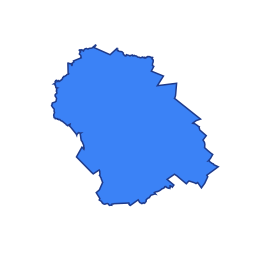 outline of Julimes, Chihuahua, Mexico, rotated 54°
{"feature_id": "50627088B60832764268377", "entity_name": "Julimes", "entity_type": "district", "adm_level": 2, "iso_a3": "MEX", "parent_name": "Mexico", "parent_adm1": "Chihuahua", "projection": "orthographic", "projection_center": [-105.121, 28.529], "detail": "fine", "context": "isolated", "style": "filled", "palette": "blue", "viewbox_px": 256, "rotation_deg": 54, "n_neighbors": 0, "source": "geoboundaries", "source_scale": "gbopen_adm2", "svg_char_len": 5571}
<svg xmlns="http://www.w3.org/2000/svg" viewBox="0 0 256 256"><g transform="rotate(54 128 128)"><path d="M36.4,121.1L36.4,121.7L38.6,121.8L38.8,122.7L39.3,123.6L39.6,123.9L40.3,123.8L40.9,123.5L42.4,123.8L42.9,124.5L43.7,124.6L41.7,132.7L42.8,133.1L42.8,135.3L43.4,135.5L44.3,136.2L44.4,136.6L44.0,136.7L43.7,136.5L43.3,136.3L43.4,136.1L42.8,135.9L42.6,136.0L42.2,136.8L41.8,137.0L41.5,137.2L41.5,137.5L41.3,137.7L40.9,138.0L40.4,138.1L40.2,138.5L46.7,143.0L47.8,143.8L48.2,144.0L49.3,144.1L49.4,144.6L49.0,145.1L48.9,146.2L49.2,147.1L49.0,147.6L49.0,148.9L48.5,149.8L48.9,150.2L48.9,150.6L48.8,151.1L49.7,152.2L49.7,152.9L49.9,153.1L49.8,153.3L49.8,153.9L50.0,154.0L49.9,154.8L50.0,155.1L49.9,156.4L48.9,156.2L48.8,157.7L48.4,157.6L47.6,157.6L47.2,158.0L47.2,158.5L47.5,158.5L47.4,159.0L47.8,159.3L47.7,159.6L48.7,159.8L48.7,162.0L49.2,161.3L50.3,161.8L50.6,161.5L52.9,162.6L54.1,161.6L54.0,162.1L54.2,162.7L54.5,162.8L55.0,163.3L55.6,163.4L55.9,164.3L56.9,164.4L57.9,165.0L58.2,165.5L58.0,165.8L58.1,166.9L58.3,167.4L58.6,167.5L58.8,167.8L59.0,167.9L59.1,168.1L59.4,168.2L60.9,168.2L62.1,168.4L64.1,170.5L64.0,170.9L64.1,171.9L63.5,173.6L63.3,174.5L63.5,174.9L64.2,175.5L64.6,176.0L64.7,176.5L65.1,176.7L67.6,176.8L68.6,176.6L69.5,176.7L70.4,177.5L71.0,177.8L71.4,178.2L72.0,178.2L72.5,178.5L73.4,180.0L74.1,180.7L75.7,181.4L75.9,181.6L76.2,181.7L76.8,181.4L77.3,181.0L77.5,181.0L77.8,181.2L77.9,180.9L78.2,180.7L78.5,180.3L78.6,179.9L78.9,179.7L79.5,179.8L79.7,179.5L80.0,179.5L80.1,179.4L80.2,179.1L80.7,179.0L80.7,178.8L80.9,178.4L81.1,178.5L81.5,178.1L82.1,178.1L82.6,177.9L82.9,177.9L83.5,177.3L84.0,177.3L84.4,177.0L86.5,176.5L88.2,176.0L89.2,176.0L89.8,175.7L90.7,175.5L90.9,175.3L90.7,174.7L90.7,173.6L90.9,172.6L92.2,174.1L93.4,173.9L101.1,173.5L102.2,173.4L103.6,173.7L103.3,173.4L103.0,172.3L102.7,171.3L103.1,170.8L102.9,170.4L104.0,169.8L104.4,169.1L104.4,169.4L104.7,169.9L105.4,170.6L106.1,170.8L108.6,172.2L110.7,173.2L112.2,173.0L113.1,173.4L113.4,173.4L115.5,173.9L116.5,174.3L117.4,175.0L118.4,175.2L118.7,175.6L119.0,175.8L119.3,176.2L116.4,176.5L121.1,186.7L142.3,183.6L144.7,183.1L145.0,176.0L146.4,176.2L146.8,176.7L147.9,177.2L148.7,177.7L149.3,178.3L149.5,178.9L150.3,178.8L151.7,179.1L152.8,179.2L153.5,179.6L155.1,179.9L156.5,180.4L157.1,180.4L160.4,186.1L160.8,186.6L161.3,187.9L161.6,191.7L168.5,192.2L169.3,193.6L171.9,192.6L172.8,192.8L173.9,192.6L174.0,192.8L175.2,192.3L176.0,191.6L176.2,191.2L176.2,190.7L177.0,189.0L178.0,188.5L178.3,188.6L179.2,188.6L179.9,188.3L180.1,187.5L180.9,186.6L180.4,186.4L180.1,185.8L180.5,185.1L180.7,184.9L180.8,184.4L181.0,184.1L181.0,183.8L189.2,171.4L189.9,171.6L190.5,172.1L190.9,171.8L191.6,171.9L191.8,171.5L192.0,171.5L192.1,162.0L194.8,162.3L195.6,162.1L196.0,161.7L196.9,161.6L197.4,161.1L197.5,159.6L198.4,159.3L198.4,158.9L198.6,158.4L198.3,157.9L198.2,156.9L197.8,156.2L197.4,155.9L197.0,155.8L196.7,155.3L196.5,153.1L196.9,151.6L196.6,151.4L196.4,150.5L195.9,149.1L196.0,148.5L196.4,147.4L197.0,145.4L197.2,144.9L197.7,144.5L195.7,144.6L196.0,143.1L196.3,142.5L196.3,142.2L196.7,141.7L197.2,139.7L197.3,138.3L197.2,136.1L197.4,135.7L197.5,135.3L197.5,134.8L197.7,134.3L197.5,133.4L197.3,133.1L197.1,132.6L197.5,132.2L198.0,132.0L197.9,131.8L198.4,131.8L198.9,131.5L199.2,131.5L199.5,131.4L200.4,130.6L200.7,130.5L200.8,130.2L200.6,129.2L201.2,129.3L200.8,128.7L200.1,128.2L199.4,128.0L199.0,127.6L199.9,127.9L200.2,127.5L200.7,127.4L200.7,127.2L201.2,126.9L201.9,126.9L201.1,124.4L192.5,126.6L192.7,117.6L195.6,116.5L198.6,115.8L207.4,113.6L206.7,110.2L206.8,109.7L211.5,106.3L212.9,105.7L213.0,105.5L212.9,104.9L213.2,104.5L213.1,103.7L219.6,103.8L217.8,98.4L214.3,92.1L212.5,92.0L212.4,77.8L208.2,80.1L207.8,80.1L207.5,80.0L207.3,80.0L206.2,80.7L204.7,81.2L204.0,81.5L203.1,81.6L202.2,81.4L201.8,82.3L201.1,79.2L199.2,75.0L196.9,75.8L193.2,76.7L188.9,77.6L188.5,77.1L187.9,76.7L186.5,75.5L184.6,74.6L181.8,74.4L180.2,69.2L171.9,71.1L170.7,70.7L169.1,70.0L168.9,69.6L167.5,70.3L167.0,70.3L163.5,71.6L163.1,71.8L162.7,72.6L162.1,72.9L162.1,68.4L163.4,64.1L131.3,73.0L130.9,72.1L129.8,70.6L129.1,70.0L128.8,69.7L120.4,62.4L111.0,79.4L106.8,68.8L95.7,75.7L93.3,70.9L92.3,71.3L91.8,71.5L89.9,69.9L89.8,69.5L89.3,68.7L88.8,68.5L88.0,67.7L87.8,67.6L87.0,67.9L86.1,67.9L85.6,67.1L85.6,66.7L85.4,66.6L84.8,67.3L84.3,68.0L83.1,68.4L83.0,68.8L82.6,69.0L82.2,69.5L82.2,69.8L81.7,70.2L81.9,70.7L81.6,71.0L81.8,72.3L81.4,72.3L81.4,72.9L81.2,73.4L80.9,73.5L80.6,73.2L80.4,73.2L80.1,74.2L79.8,74.2L79.4,74.4L79.1,74.5L79.0,75.1L79.1,75.4L78.8,75.6L78.7,76.1L78.7,76.4L78.4,76.7L78.0,77.1L77.7,77.1L77.3,77.4L76.8,78.0L76.3,78.4L76.3,78.5L76.1,78.6L75.2,78.7L74.3,79.2L74.2,79.5L73.3,80.2L73.1,80.7L72.8,80.5L72.7,80.7L72.2,81.9L71.9,81.9L71.4,81.7L71.1,82.9L70.8,83.4L70.9,83.6L70.9,83.8L70.9,84.0L70.7,84.1L70.3,84.4L69.9,84.5L69.5,84.8L68.4,85.7L68.4,85.9L68.2,86.0L67.8,86.1L67.8,86.4L68.1,86.6L68.2,87.2L68.4,87.3L68.2,87.7L67.5,88.2L66.9,88.1L66.1,88.4L65.2,88.3L64.9,87.9L64.7,87.7L63.9,87.9L62.9,88.0L62.1,88.6L61.0,90.0L60.4,90.3L60.3,90.2L59.8,90.3L59.6,90.8L59.1,90.8L59.0,90.6L58.7,90.9L58.0,90.8L57.8,91.0L57.7,90.7L57.6,91.0L57.4,90.8L57.3,91.0L57.2,90.9L58.2,99.4L42.8,108.3L42.4,105.5L41.8,105.4L41.7,105.5L41.7,105.8L42.1,106.8L41.8,108.2L42.3,109.2L42.2,109.5L42.0,110.6L40.8,112.5L40.6,113.9L40.0,114.5L39.2,114.9L38.9,115.6L38.7,116.5L38.8,117.3L39.0,118.0L39.4,118.4L39.5,118.9L39.3,119.0L38.5,118.9L38.1,119.0L38.0,119.3L37.7,119.7L37.2,119.8L37.0,120.4L37.1,120.5L37.6,120.6L37.7,120.8L37.4,120.7L36.6,120.9L36.4,121.1Z" fill="#3b82f6" stroke="#1e3a8a" stroke-width="1.5"/></g></svg>